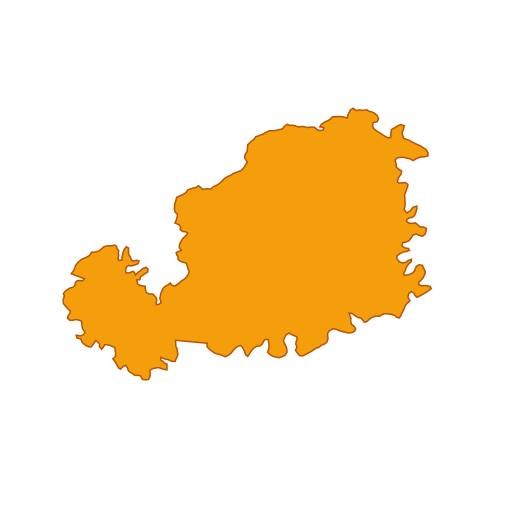 Curitibanos, Santa Catarina, Brazil (Natural Earth projection), rotated 248°
{"feature_id": "56859067B5132572853524", "entity_name": "Curitibanos", "entity_type": "district", "adm_level": 2, "iso_a3": "BRA", "parent_name": "Brazil", "parent_adm1": "Santa Catarina", "projection": "natural_earth1", "projection_center": [-50.624, -27.278], "detail": "fine", "context": "isolated", "style": "filled", "palette": "amber", "viewbox_px": 512, "rotation_deg": 248, "n_neighbors": 0, "source": "geoboundaries", "source_scale": "gbopen_adm2", "svg_char_len": 6104}
<svg xmlns="http://www.w3.org/2000/svg" viewBox="0 0 512 512"><g transform="rotate(248 256 256)"><path d="M156.8,382.0L161.1,381.4L163.9,383.5L164.8,386.6L162.3,388.5L159.7,388.6L157.3,389.9L158.2,398.0L158.9,401.8L160.1,406.2L162.5,406.2L164.1,403.8L165.4,401.4L166.5,398.2L168.7,396.1L170.9,397.3L171.7,399.8L173.2,402.7L175.6,405.5L177.9,407.1L185.0,406.8L186.8,403.8L186.2,400.6L182.4,397.0L181.5,394.0L181.5,390.4L182.2,386.8L184.3,386.0L186.5,388.9L188.8,390.7L191.3,394.1L192.7,398.0L194.8,398.9L194.7,394.8L194.0,392.2L194.8,389.1L197.0,386.7L200.8,385.7L203.3,386.5L204.3,390.1L204.5,394.8L203.8,397.1L203.7,400.4L206.0,400.1L207.4,397.5L209.1,396.0L211.0,395.1L213.5,397.1L212.8,400.0L212.8,403.4L214.2,406.0L216.6,409.4L216.4,412.9L214.3,414.8L212.0,417.5L212.8,420.9L215.1,422.8L217.7,424.3L220.1,422.3L221.5,419.0L227.0,416.3L227.8,412.6L229.3,410.1L231.5,408.6L233.4,409.7L234.0,412.4L233.3,415.2L234.0,418.1L236.6,420.6L239.6,422.9L242.1,423.8L242.3,419.7L240.3,416.3L239.3,412.2L241.6,411.3L244.0,410.8L245.9,412.5L248.3,413.7L257.2,416.8L263.4,422.4L265.4,423.7L268.0,422.2L269.0,419.2L269.8,416.0L271.7,414.9L273.9,416.3L275.7,418.2L277.5,421.1L280.2,422.9L283.5,420.5L285.8,419.4L289.0,420.5L292.8,420.8L294.1,423.6L293.3,426.9L292.3,429.7L288.0,435.6L285.6,437.4L286.3,442.0L286.0,445.7L285.0,449.0L284.4,452.8L287.0,454.1L290.8,453.7L296.9,449.4L298.7,447.5L303.1,443.5L305.8,441.4L309.8,437.1L312.6,437.1L316.0,437.9L318.1,440.1L321.3,442.2L323.7,439.4L323.6,436.3L322.9,432.9L322.5,429.0L319.7,427.1L315.6,425.6L315.9,423.0L317.6,421.3L320.2,419.3L324.7,416.3L327.5,414.2L330.6,412.7L333.2,413.0L335.8,414.6L335.1,418.6L337.3,421.1L341.3,420.8L344.5,419.1L346.4,417.1L348.0,414.9L350.1,413.4L350.9,409.7L352.6,406.9L353.4,403.3L356.6,401.5L356.0,398.1L352.2,393.9L349.8,392.2L352.2,389.1L354.2,385.3L356.4,378.8L355.1,376.3L354.6,373.6L354.4,369.9L353.6,365.8L351.8,363.6L349.7,367.0L347.7,365.9L348.2,362.5L350.0,360.2L353.5,358.4L354.9,355.2L356.0,351.5L358.5,348.2L359.7,343.7L362.0,341.1L363.6,338.9L364.3,336.4L366.5,334.3L365.6,331.0L364.0,328.2L364.9,321.6L366.0,318.2L367.1,315.3L366.9,311.6L366.4,307.6L366.4,304.0L366.7,300.5L364.9,297.8L363.9,294.0L362.3,290.0L358.9,288.4L356.2,286.9L354.9,284.9L353.1,283.1L350.8,282.3L346.1,283.1L344.9,280.9L343.1,279.0L341.9,276.7L340.8,274.1L341.0,265.8L340.3,262.6L340.3,259.3L339.6,255.6L337.3,250.4L336.4,246.4L336.3,242.9L335.1,239.2L337.0,234.7L338.0,231.2L340.2,230.4L342.7,229.0L342.0,225.5L342.6,222.8L342.9,219.7L342.7,217.1L341.1,214.9L340.3,211.1L340.3,207.5L339.9,204.2L337.6,202.6L334.9,200.3L330.6,198.1L327.0,197.4L324.3,198.8L321.7,197.5L319.1,195.5L317.0,193.2L314.0,196.2L311.1,196.9L308.9,195.6L306.1,197.2L305.0,199.6L302.7,201.3L301.2,199.0L300.2,195.9L298.5,193.0L295.5,189.5L292.5,188.0L289.3,188.9L289.1,183.3L286.9,182.8L284.9,183.6L282.2,182.4L279.1,184.2L275.3,188.8L269.2,188.1L267.1,188.4L264.5,186.6L262.8,184.0L261.3,181.0L260.9,177.7L259.7,174.8L259.2,172.1L258.4,169.3L260.7,166.9L263.1,166.5L262.2,163.5L261.8,160.3L260.9,157.9L258.8,155.6L256.8,153.6L252.8,151.0L248.3,150.6L247.6,148.0L248.2,145.4L250.4,146.1L252.2,147.5L255.3,147.7L257.8,146.8L259.7,145.7L260.7,142.6L263.4,140.6L266.8,141.0L269.4,142.0L272.3,137.2L274.3,135.8L278.5,136.4L277.5,139.4L280.0,141.2L281.0,145.4L281.7,149.5L284.3,150.9L286.7,149.8L286.7,146.1L285.7,143.5L285.0,140.4L283.5,137.1L285.7,137.2L287.9,136.3L287.8,132.1L289.1,129.1L291.7,129.8L294.1,131.6L295.0,134.3L293.5,136.4L293.1,139.8L293.1,143.5L295.2,145.7L296.9,143.6L297.1,140.2L299.6,138.9L302.0,139.2L305.4,138.5L311.1,140.8L313.2,139.3L311.5,136.4L309.2,134.3L305.6,131.6L302.4,130.2L303.4,127.0L306.2,127.5L308.1,129.0L310.3,129.3L312.3,130.7L314.7,130.0L317.3,130.2L319.2,129.0L319.5,126.2L321.3,121.2L321.5,118.3L319.6,112.7L319.8,108.6L321.1,104.9L318.9,102.0L318.4,98.3L318.2,92.7L316.9,88.9L314.7,85.1L312.6,83.4L310.6,81.1L308.7,78.0L299.1,88.5L298.0,85.5L299.3,83.5L300.1,80.7L298.6,78.2L296.3,77.0L295.6,74.1L296.0,71.3L295.4,68.1L294.6,65.3L293.2,63.3L290.9,63.4L287.3,60.6L284.0,59.6L277.4,61.8L274.3,63.2L272.4,61.8L271.0,59.6L268.9,57.9L266.3,59.2L265.1,61.7L264.5,65.3L262.5,68.4L260.7,69.8L257.2,68.7L253.4,67.9L249.4,68.9L247.7,66.6L247.6,63.7L249.9,59.6L247.0,59.3L244.8,62.5L241.7,62.4L239.7,63.0L236.8,64.7L234.4,67.0L233.4,69.3L237.6,75.7L235.1,77.4L232.8,77.8L230.5,76.9L227.4,77.9L228.5,80.1L230.5,82.6L228.2,86.7L223.9,90.9L220.9,89.9L218.0,89.3L215.5,87.9L214.3,84.8L210.2,85.8L203.6,86.7L201.8,88.1L203.3,91.1L203.6,94.2L200.7,95.0L197.6,94.6L195.5,95.6L193.2,97.5L190.7,99.0L189.6,102.0L187.9,104.1L184.1,104.5L182.5,107.3L181.8,109.8L183.2,111.9L186.1,113.8L189.6,114.6L190.3,117.9L189.7,121.3L188.9,124.0L185.0,128.7L183.8,130.8L189.2,133.0L191.0,130.9L193.1,130.2L195.3,128.7L197.7,129.9L194.9,132.6L192.9,135.6L189.8,138.6L188.6,141.6L190.7,143.5L192.3,145.4L194.3,146.8L196.8,147.2L199.7,148.0L202.5,147.9L208.0,149.8L193.4,178.1L190.5,176.6L187.4,177.7L183.1,180.2L181.1,181.7L177.0,186.9L174.0,190.0L174.4,193.7L175.6,197.2L177.5,200.4L178.9,204.0L178.9,208.2L176.4,209.2L173.6,209.6L171.2,209.6L168.5,209.3L166.0,210.7L169.8,216.1L171.4,219.4L172.1,222.7L171.2,225.7L171.9,228.6L175.2,232.6L174.0,236.1L167.7,234.4L165.0,232.9L162.4,230.7L159.0,232.2L156.6,234.2L154.7,236.7L152.9,239.6L152.9,245.4L155.1,248.7L159.4,250.0L167.1,249.6L169.9,252.2L171.7,254.3L172.1,257.8L168.4,260.9L166.1,263.4L163.6,263.1L161.8,261.3L159.4,259.9L156.3,259.9L153.7,257.3L150.3,258.1L147.3,259.1L145.9,262.0L146.9,272.0L147.9,276.5L147.9,280.6L148.8,283.5L148.7,286.6L149.6,289.4L152.5,291.9L155.5,292.6L157.4,293.5L159.1,295.7L159.7,300.0L157.9,303.1L155.8,305.0L154.1,307.1L150.0,312.8L149.0,316.2L149.3,319.2L151.3,321.2L153.9,320.6L157.1,319.0L160.1,319.4L162.4,320.6L164.8,320.6L168.2,320.9L166.8,323.5L163.7,325.4L160.8,327.5L159.1,330.2L156.3,331.1L154.0,331.6L153.7,334.4L154.9,337.3L155.6,340.6L155.3,345.0L153.8,347.8L154.5,351.3L154.1,354.4L151.0,360.0L149.0,362.3L146.3,363.6L144.9,365.6L146.1,367.7L147.9,369.2L151.3,373.4L153.3,374.8L155.4,378.2L156.8,382.0Z" fill="#f59e0b" stroke="#b45309" stroke-width="1.5"/></g></svg>